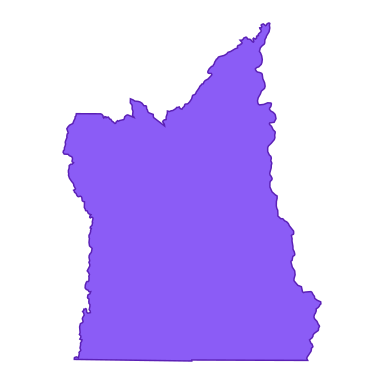 Rondolândia, Mato Grosso, Brazil (Natural Earth projection)
{"feature_id": "56859067B82212830929298", "entity_name": "Rondolândia", "entity_type": "district", "adm_level": 2, "iso_a3": "BRA", "parent_name": "Brazil", "parent_adm1": "Mato Grosso", "projection": "natural_earth1", "projection_center": [-60.996, -10.314], "detail": "fine", "context": "isolated", "style": "filled", "palette": "violet", "viewbox_px": 384, "rotation_deg": 0, "n_neighbors": 0, "source": "geoboundaries", "source_scale": "gbopen_adm2", "svg_char_len": 5848}
<svg xmlns="http://www.w3.org/2000/svg" viewBox="0 0 384 384"><path d="M191.8,361.0L191.8,360.0L307.7,360.4L306.7,358.3L307.1,357.2L311.0,351.3L311.4,349.6L311.3,348.8L311.7,347.9L312.5,347.4L312.9,346.6L312.0,344.0L311.1,343.5L309.5,339.9L312.1,337.8L313.0,336.1L313.0,335.1L314.1,333.5L318.1,330.6L318.5,329.8L318.5,328.4L319.5,326.3L319.2,325.4L318.4,324.6L317.0,321.4L314.5,318.7L313.9,316.9L314.5,314.4L315.3,313.4L316.2,311.0L316.2,308.9L318.3,307.4L319.5,305.8L319.9,304.7L320.9,303.9L320.7,301.8L317.3,300.3L314.7,298.4L314.4,296.3L313.1,294.6L311.9,292.3L310.9,291.6L304.9,292.1L303.6,292.6L302.5,291.7L301.4,286.7L297.8,285.3L294.2,281.0L293.9,280.2L294.1,278.4L295.1,274.9L294.7,270.9L292.3,267.1L290.9,261.7L291.2,261.0L292.1,260.4L292.7,256.9L293.0,256.3L294.5,255.3L294.8,254.3L294.3,251.9L293.0,249.2L292.9,246.2L292.0,240.9L292.1,238.7L291.4,235.6L292.4,234.6L293.4,234.3L293.7,233.3L293.6,231.1L289.4,225.8L288.3,223.5L286.8,221.9L284.5,220.7L283.1,219.0L282.4,218.7L280.8,218.7L277.8,215.9L277.9,214.2L277.7,210.2L276.8,208.4L276.3,206.0L276.4,201.4L277.1,198.4L277.1,196.0L276.6,195.5L275.8,195.3L272.0,191.8L269.9,187.0L269.9,183.2L270.2,181.5L271.8,179.8L272.1,178.9L272.0,178.1L271.0,176.1L270.0,174.9L269.7,173.2L271.2,167.9L271.3,165.2L271.8,163.6L271.7,162.7L270.8,160.8L271.3,158.3L271.1,157.1L270.7,156.2L269.4,155.1L267.7,151.6L267.7,147.6L268.4,146.0L271.3,143.2L274.3,139.6L274.9,137.7L274.7,135.0L275.2,132.8L275.1,131.7L273.1,129.7L271.5,126.3L269.6,124.5L269.4,123.5L269.7,122.9L274.1,122.3L276.0,118.7L275.3,115.0L274.7,113.9L273.1,112.3L270.8,111.0L269.5,109.3L269.6,108.1L270.8,106.6L271.1,105.5L271.4,103.9L270.9,103.0L267.7,102.8L263.8,104.4L259.5,104.9L258.4,104.2L257.9,103.1L257.5,100.8L258.2,97.8L260.4,93.9L261.4,91.1L264.5,88.4L265.1,86.4L265.0,85.3L264.6,82.8L262.8,78.7L262.2,74.2L261.6,73.3L259.7,72.5L257.6,72.1L256.5,71.3L255.5,69.7L255.4,68.7L256.8,67.5L258.7,66.9L261.2,64.4L261.9,62.6L262.3,59.6L261.7,55.9L260.6,53.1L259.4,51.4L260.3,47.9L261.8,46.1L264.3,44.0L264.7,42.9L264.9,39.7L266.2,37.3L266.4,36.2L269.1,31.7L269.8,28.0L269.4,25.3L269.8,23.4L269.1,23.0L268.3,23.1L266.9,24.0L266.3,25.3L265.7,25.7L263.3,23.9L262.1,24.3L261.1,25.1L261.8,26.7L261.5,27.5L260.9,28.1L260.3,27.7L259.7,27.8L259.9,28.7L260.8,29.7L261.2,30.7L261.0,31.7L258.7,33.8L258.1,34.9L258.4,35.6L256.6,36.2L256.6,38.1L255.9,38.4L255.6,39.1L254.6,38.8L253.7,38.1L253.0,38.9L253.8,41.4L253.5,42.1L252.5,41.8L250.8,39.8L250.0,39.3L247.5,39.0L246.8,37.5L246.0,37.1L243.8,38.0L243.0,39.4L242.1,40.1L240.1,40.2L242.0,42.5L241.9,43.4L241.4,44.0L240.4,44.1L240.0,44.9L238.0,45.5L237.4,46.3L237.6,47.9L234.9,48.9L230.6,51.5L228.0,52.3L226.7,53.9L224.2,55.4L218.9,56.8L218.2,57.3L217.3,58.8L216.5,59.1L214.6,62.3L214.3,63.8L213.7,64.4L213.0,65.8L212.4,66.3L211.6,66.4L210.3,67.7L209.3,68.7L207.9,71.3L207.8,72.3L208.3,73.1L209.2,73.4L211.3,73.4L211.8,74.2L211.7,75.1L207.9,79.1L205.2,80.5L203.9,82.1L203.3,83.7L201.6,84.2L200.9,85.4L199.9,86.2L199.2,87.8L196.1,92.3L195.8,93.5L194.9,94.4L192.6,95.4L191.6,98.9L189.6,101.9L188.1,103.5L187.4,103.9L185.2,104.1L184.6,105.0L184.3,106.4L182.9,107.6L181.9,109.2L180.2,108.6L179.2,106.9L178.0,107.4L176.7,107.4L175.8,108.6L172.9,110.5L171.1,110.8L169.5,111.5L167.4,111.0L167.3,113.6L166.2,116.7L166.1,119.5L164.3,119.9L163.3,120.6L162.7,121.8L164.3,124.2L164.6,126.0L153.7,117.6L153.4,116.9L153.2,114.4L149.3,113.0L148.3,112.3L147.7,111.4L147.5,110.1L146.7,109.0L146.4,106.2L145.8,105.8L143.9,105.7L142.0,103.2L140.1,102.0L138.1,101.4L134.8,101.1L133.1,99.9L130.4,98.8L130.3,102.9L131.7,104.6L132.2,105.8L132.1,108.9L133.0,111.3L132.5,115.8L133.8,116.9L134.1,117.5L127.8,114.9L126.8,115.1L126.0,115.6L124.7,116.8L124.2,118.9L123.6,119.6L119.4,120.6L118.5,121.2L117.4,120.7L116.9,121.5L116.2,121.9L115.7,123.2L115.0,123.5L113.6,122.4L113.1,121.8L112.2,121.4L110.8,119.3L109.8,119.1L108.4,117.1L107.4,117.4L106.8,117.1L106.1,117.7L105.6,116.8L104.9,116.6L103.8,118.0L103.2,117.2L103.0,115.7L101.8,114.3L100.5,113.8L76.3,113.7L76.0,115.8L75.1,116.8L75.1,118.3L73.8,120.9L72.8,123.5L69.5,125.2L67.9,127.0L66.8,128.8L68.1,132.5L68.0,133.4L67.2,134.0L66.8,136.3L67.0,137.3L65.4,141.4L65.2,142.9L65.6,143.9L65.1,146.1L64.4,147.7L64.4,149.6L63.4,150.8L63.1,152.4L64.2,154.1L68.1,154.3L69.4,155.7L71.7,156.7L72.4,157.9L72.5,159.1L72.0,161.0L72.1,161.7L73.6,162.8L72.1,164.2L70.8,164.2L69.2,165.5L69.1,168.3L68.4,170.3L68.4,172.4L68.7,173.4L68.5,175.3L69.5,178.3L71.6,181.4L73.2,183.3L73.7,184.5L73.8,185.7L75.5,188.8L75.1,189.4L73.6,190.2L74.4,191.3L74.5,192.2L76.1,193.5L76.9,195.4L77.7,196.4L78.5,196.7L80.5,196.2L81.4,196.8L81.8,197.6L82.2,200.7L83.2,201.5L84.5,201.8L84.3,207.5L85.3,209.3L85.6,210.6L87.2,210.9L88.2,213.2L89.2,214.0L91.0,214.7L89.9,216.0L89.7,217.3L90.3,217.9L91.7,217.1L92.7,217.6L93.0,218.6L92.2,222.1L92.6,222.7L92.0,225.4L90.4,226.9L90.2,228.0L91.3,228.5L90.6,230.3L90.6,231.7L89.9,233.8L89.0,235.2L89.0,237.2L89.4,238.4L89.0,242.4L89.5,245.9L92.1,248.4L91.3,252.4L90.1,253.7L89.2,255.5L89.0,257.3L89.7,260.9L88.9,262.2L89.8,264.7L89.7,266.1L87.2,270.9L87.7,271.3L89.5,274.4L88.8,276.2L89.0,277.4L88.9,280.4L88.7,281.1L88.1,281.6L87.1,281.4L86.3,282.3L85.3,285.0L85.1,287.9L86.2,289.4L88.2,290.3L88.9,291.6L89.7,291.9L90.7,291.7L90.0,293.7L87.9,295.0L87.5,297.5L87.9,298.3L88.9,298.9L89.0,300.1L88.8,301.5L89.0,303.4L89.9,304.5L89.9,306.3L89.2,309.7L90.2,311.0L90.4,312.6L87.9,313.2L87.2,312.7L86.7,312.0L86.4,309.2L85.7,308.6L84.8,309.1L83.8,309.2L83.8,310.2L82.6,311.6L83.5,312.5L84.2,315.1L82.7,317.5L82.3,318.8L83.1,321.4L82.6,322.5L80.4,323.7L79.6,326.9L80.1,332.7L79.4,334.5L80.7,335.8L80.9,336.6L80.7,337.6L79.8,339.1L80.7,339.7L81.9,339.7L81.8,340.9L80.5,343.1L80.6,344.9L80.0,348.0L80.8,350.2L80.4,351.0L79.6,351.6L79.0,352.5L79.3,353.8L78.4,357.7L76.5,356.9L75.0,357.3L74.3,357.9L74.3,359.4L191.8,361.0Z" fill="#8b5cf6" stroke="#5b21b6" stroke-width="1.5"/></svg>